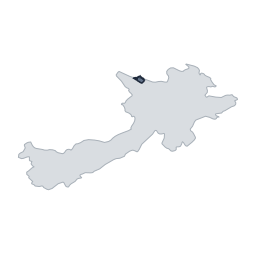 Thongmyxay, Xaignabouri, Laos (highlighted), rotated 96°
{"feature_id": "54806243B9837596905038", "entity_name": "Thongmyxay", "entity_type": "district", "adm_level": 2, "iso_a3": "LAO", "parent_name": "Laos", "parent_adm1": "Xaignabouri", "projection": "equal_earth", "projection_center": [101.179, 18.423], "detail": "fine", "context": "in_parent", "style": "filled", "palette": "slate", "viewbox_px": 256, "rotation_deg": 96, "n_neighbors": 0, "source": "geoboundaries", "source_scale": "gbopen_adm2", "svg_char_len": 5043}
<svg xmlns="http://www.w3.org/2000/svg" viewBox="0 0 256 256"><g transform="rotate(96 128 128)"><path d="M95.0,24.9L96.0,27.2L100.7,33.5L101.5,35.2L103.3,36.5L104.7,42.1L105.4,42.4L106.1,42.0L106.7,41.2L107.2,39.1L107.5,38.8L108.1,40.6L109.4,41.2L110.0,41.9L110.2,43.3L110.0,44.7L108.9,47.8L108.2,52.1L112.9,61.2L114.8,62.5L119.5,64.0L122.6,66.0L124.1,65.5L125.4,63.3L127.1,62.0L130.2,60.0L131.1,59.9L132.8,60.7L135.6,63.0L139.9,67.3L139.8,68.4L139.0,69.5L136.8,71.2L136.0,72.3L136.5,72.7L138.4,73.0L140.6,73.9L141.3,75.1L141.7,77.6L142.1,78.1L144.2,77.8L144.9,78.2L145.6,79.0L146.4,81.1L146.4,82.7L144.3,85.5L144.1,87.2L143.0,89.2L140.2,92.5L139.5,92.7L134.2,90.9L130.0,91.1L129.7,91.8L130.4,93.9L130.6,95.9L130.0,97.4L127.6,99.4L127.5,100.2L128.0,101.1L131.5,102.9L142.7,112.6L147.8,114.5L150.1,115.7L150.7,116.4L150.6,117.2L150.1,118.3L149.6,120.2L149.6,121.3L150.1,122.4L151.0,124.1L154.2,127.8L156.5,128.6L158.9,132.9L159.7,136.6L160.9,138.9L166.7,146.9L171.6,151.9L174.6,157.2L176.0,158.4L176.5,160.3L176.9,165.9L178.6,168.7L179.0,169.8L179.7,170.7L180.5,170.8L182.2,169.0L182.6,169.3L183.4,172.2L184.1,173.3L186.7,175.1L189.4,178.7L190.9,180.0L192.8,181.0L193.0,182.1L192.7,183.3L192.1,184.0L189.0,186.1L188.6,187.0L190.7,191.6L196.1,197.2L197.7,200.6L197.4,202.3L196.0,205.6L194.9,206.5L194.6,207.5L195.5,210.2L195.4,214.3L194.4,215.3L193.5,217.9L192.8,218.1L191.2,217.2L187.9,221.5L186.4,221.3L184.7,223.8L182.5,224.1L181.0,222.3L177.7,219.3L176.5,217.5L175.5,219.1L173.8,220.6L171.4,220.1L170.8,222.3L170.3,222.7L167.4,223.0L166.9,223.4L167.4,225.4L169.1,228.8L169.6,230.7L168.6,233.9L165.6,233.8L164.2,232.5L162.5,229.8L158.6,228.1L156.0,229.3L155.2,229.2L153.3,226.9L152.6,225.5L152.1,223.3L155.0,221.5L156.5,220.2L157.5,218.7L157.9,217.2L158.3,210.9L158.7,208.7L158.5,205.9L157.7,203.8L157.6,200.6L158.1,198.0L159.2,196.7L159.9,194.8L160.4,190.6L160.0,189.5L158.9,188.5L157.0,187.5L155.8,186.3L155.4,184.8L155.4,183.5L156.0,182.4L154.5,181.1L151.2,179.7L149.3,178.1L148.9,176.2L147.5,173.6L145.0,170.5L143.7,166.0L143.5,160.1L143.8,155.3L144.8,149.8L143.4,145.8L141.8,143.7L139.7,142.1L137.6,139.9L135.6,137.0L133.3,132.7L130.5,127.1L128.7,124.6L127.8,125.2L125.8,124.6L122.8,123.0L120.2,122.1L118.0,122.0L116.5,122.4L115.9,123.2L115.8,124.1L116.4,124.9L116.1,125.6L114.9,126.0L114.0,127.0L112.9,129.0L112.2,131.8L111.1,132.8L109.4,133.0L107.7,133.8L106.1,135.1L105.3,136.1L105.4,136.8L105.0,137.0L104.2,136.6L103.8,135.7L103.9,134.3L103.0,133.3L101.3,132.8L99.3,131.3L95.6,127.4L94.7,127.2L93.5,128.3L91.9,130.4L90.6,131.3L89.5,130.9L88.7,131.6L88.1,133.6L87.1,135.2L82.1,139.4L77.5,144.9L76.4,145.3L73.6,143.8L72.7,142.8L76.5,131.6L77.1,128.9L77.0,125.4L75.4,122.4L75.3,121.5L75.6,120.6L77.5,117.2L79.7,108.3L79.6,105.6L78.6,102.5L78.1,99.7L78.5,95.8L78.3,94.2L77.3,93.5L73.8,92.7L71.8,93.3L70.9,94.4L69.8,95.1L67.6,95.4L65.5,94.1L63.8,91.9L63.4,89.1L65.6,83.2L66.1,81.0L66.0,79.9L65.7,78.8L65.2,78.6L64.1,77.2L63.0,74.8L62.0,73.7L61.0,73.9L60.2,74.8L58.7,77.1L58.3,76.8L59.5,68.7L60.7,65.2L62.2,63.6L63.6,62.9L65.2,63.2L66.5,62.9L67.6,62.0L67.5,61.6L66.2,61.4L65.7,60.5L66.0,58.8L66.6,57.7L67.4,57.1L68.2,55.4L69.1,52.4L70.0,50.9L71.2,50.9L73.1,49.6L75.9,47.1L77.0,44.7L78.1,45.8L77.7,48.6L78.2,49.2L78.5,50.2L78.3,51.8L78.6,53.1L79.0,53.8L79.6,54.1L82.6,52.9L84.4,52.9L87.3,54.9L89.1,53.4L89.1,52.8L87.6,50.9L88.1,43.8L87.9,38.4L85.4,34.4L84.9,32.8L84.7,30.2L84.0,28.0L85.7,26.2L86.7,22.9L87.9,22.1L88.3,22.2L89.8,24.7L91.7,23.4L93.1,23.4L94.3,24.1L95.0,24.9Z" fill="#d9dde1" stroke="#a8b0b8" stroke-width="1"/><path d="M81.9,118.9L81.7,118.7L81.4,118.5L81.3,118.4L81.2,118.3L81.1,118.2L80.9,118.0L80.7,117.9L80.5,117.7L80.4,117.6L80.3,117.4L80.2,117.4L79.9,117.2L79.7,117.0L79.4,117.0L79.2,117.1L78.9,117.0L78.8,116.9L78.7,116.8L78.6,117.0L78.4,117.0L78.2,117.1L77.9,117.2L77.9,117.3L77.7,117.5L77.8,117.5L77.7,117.8L77.8,117.9L77.9,118.1L77.8,118.3L77.8,118.5L77.7,118.6L77.4,118.7L77.2,118.8L77.2,119.0L77.0,119.4L76.9,119.4L76.9,119.5L76.7,119.5L76.7,119.4L76.4,119.5L76.3,119.8L76.2,119.9L76.3,120.0L76.2,120.0L76.1,120.3L76.2,120.5L75.9,120.8L75.8,121.0L75.7,121.0L75.6,121.3L75.5,121.5L75.4,121.5L75.5,121.6L75.4,121.8L75.4,122.0L75.5,122.0L75.7,122.3L75.8,122.4L75.9,122.6L76.0,122.6L75.9,122.7L75.9,122.8L76.0,122.8L76.0,123.0L76.3,123.2L76.4,123.3L76.5,123.4L76.5,123.5L76.6,123.8L76.8,123.8L77.0,123.9L77.3,123.8L77.5,123.9L77.7,124.0L77.8,124.0L77.7,124.1L77.8,124.2L77.8,124.3L77.7,124.3L77.6,124.5L77.4,124.7L77.4,124.8L77.3,125.0L77.2,125.0L77.2,125.3L77.3,125.3L77.4,125.5L77.2,125.8L77.1,126.0L77.3,126.3L77.4,126.5L77.5,126.7L77.5,126.8L77.5,127.0L77.7,126.9L77.8,126.9L77.9,127.1L78.0,127.2L78.0,126.9L78.1,126.7L78.3,126.6L78.6,126.2L78.8,125.8L78.9,125.5L79.1,125.0L79.2,124.9L79.3,124.4L79.4,124.2L79.6,123.9L79.8,123.7L80.0,123.5L80.1,123.2L80.2,122.9L80.4,122.7L80.5,122.3L80.7,122.0L80.8,121.6L80.8,121.4L80.9,121.2L81.0,121.0L81.2,120.8L81.3,120.8L81.3,120.7L81.4,120.4L81.5,120.3L81.6,120.2L81.6,119.8L81.7,119.5L81.8,119.1L81.9,118.9Z" fill="#64748b" stroke="#1e293b" stroke-width="1.5"/></g></svg>